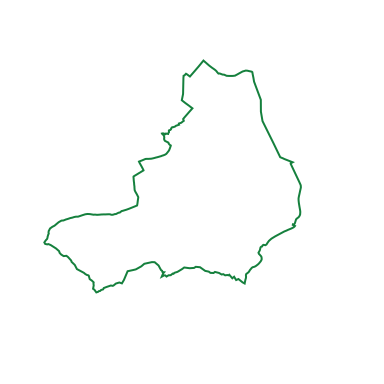 the district of Stefanesti, Arges, Romania, rotated 209°
{"feature_id": "2599482B40982611727809", "entity_name": "Stefanesti", "entity_type": "district", "adm_level": 2, "iso_a3": "ROU", "parent_name": "Romania", "parent_adm1": "Arges", "projection": "natural_earth1", "projection_center": [24.947, 44.876], "detail": "fine", "context": "isolated", "style": "outline", "palette": "green", "viewbox_px": 384, "rotation_deg": 209, "n_neighbors": 0, "source": "geoboundaries", "source_scale": "gbopen_adm2", "svg_char_len": 5946}
<svg xmlns="http://www.w3.org/2000/svg" viewBox="0 0 384 384"><g transform="rotate(209 192 192)"><path d="M245.7,312.5L247.1,304.8L248.0,300.5L248.0,300.4L249.8,292.0L252.1,292.3L253.7,292.5L254.6,292.5L254.8,291.7L255.1,290.4L255.7,289.6L254.9,287.8L250.8,280.0L247.9,274.5L247.4,273.5L247.2,273.0L245.4,267.3L241.1,266.6L237.9,266.2L232.2,265.4L233.3,260.5L233.8,258.1L234.4,255.3L234.9,252.9L235.1,251.5L234.0,250.6L233.8,250.4L233.7,250.1L234.0,249.7L235.0,247.3L235.1,247.2L236.7,245.5L236.3,244.8L236.3,244.5L236.1,244.4L238.1,242.2L238.4,241.5L238.7,240.8L238.9,240.6L239.0,240.5L239.5,240.0L239.7,239.7L240.1,239.4L240.3,239.3L240.7,239.1L240.9,238.5L241.0,238.1L241.0,237.9L241.0,237.7L240.9,237.5L241.0,237.3L240.8,236.8L240.9,236.4L240.9,236.1L241.1,235.7L242.0,234.8L242.0,234.5L241.9,234.2L241.6,233.8L241.3,233.5L241.1,233.1L241.1,232.8L241.2,232.4L241.3,231.7L241.1,231.2L241.9,230.9L243.2,230.5L243.3,230.3L243.2,229.9L242.8,229.7L242.5,229.4L242.7,229.5L243.0,229.5L243.5,229.6L243.9,229.7L244.7,229.5L245.3,229.4L246.0,229.1L246.4,228.8L246.6,228.6L246.3,228.4L246.0,228.3L245.7,228.2L245.2,228.1L244.6,228.0L244.2,227.8L243.9,227.6L243.6,227.4L243.3,227.1L243.2,226.9L242.8,226.4L242.6,226.1L242.5,225.9L242.5,225.7L242.4,225.5L242.3,225.3L242.2,225.1L242.1,224.8L241.9,224.7L241.2,224.0L240.9,223.8L240.3,223.6L240.0,223.6L238.6,223.7L237.1,223.7L236.7,223.8L236.5,223.7L236.3,223.5L236.0,223.2L235.5,222.9L235.0,222.7L234.3,222.5L233.9,222.4L233.3,222.4L233.1,222.4L233.0,222.2L232.9,221.7L232.8,221.0L232.6,220.0L232.3,217.8L232.3,217.4L232.3,216.8L232.7,214.3L232.8,213.7L232.9,213.2L233.1,212.6L233.4,212.1L233.6,211.7L234.0,211.2L234.7,210.3L235.7,209.3L236.3,208.5L237.5,207.3L239.2,205.6L240.2,204.7L241.7,203.2L242.8,202.2L243.4,201.7L243.6,201.5L244.5,200.9L246.1,199.9L247.2,199.3L248.5,198.5L248.9,198.1L251.1,195.3L251.7,194.6L253.1,192.9L252.2,192.2L248.5,189.9L246.5,188.6L245.2,187.7L244.9,187.4L247.4,183.0L249.2,179.8L249.7,179.0L250.2,178.0L250.6,177.4L250.6,177.2L250.5,176.8L250.4,176.7L249.6,175.5L249.1,174.7L247.8,172.8L247.3,172.2L246.0,170.2L245.0,168.9L244.8,168.5L243.9,167.1L243.1,165.9L242.9,165.7L242.5,165.4L241.7,164.8L239.2,163.3L236.7,161.6L236.5,161.4L236.4,161.2L236.2,160.8L235.5,158.9L234.1,155.4L233.6,153.9L233.5,153.6L234.5,152.3L238.8,147.0L240.7,144.8L243.4,142.0L244.3,141.2L245.2,139.0L246.2,138.3L246.8,137.4L247.8,135.9L249.1,135.0L249.6,134.3L250.7,133.4L251.1,133.2L251.8,132.9L252.7,132.8L253.4,132.5L254.5,131.9L256.1,130.9L257.8,129.9L258.7,129.4L260.2,128.5L262.1,127.2L263.5,126.3L264.2,125.9L265.9,125.2L267.1,124.4L268.5,123.9L270.5,123.2L272.8,122.1L274.6,120.7L276.5,118.7L278.5,116.5L279.7,115.2L281.6,114.1L282.9,113.0L284.2,111.6L285.9,110.1L287.5,108.3L289.0,106.8L290.6,104.8L292.3,103.7L294.0,100.9L295.9,95.9L297.3,93.8L298.5,91.2L298.4,90.0L298.4,88.4L297.8,86.9L297.1,86.1L297.1,85.1L296.9,84.3L296.6,82.8L296.2,81.9L296.0,80.6L296.4,79.2L296.6,77.6L296.7,76.3L295.2,75.4L293.2,76.0L292.4,76.8L290.0,77.1L283.6,76.7L279.5,75.8L278.3,74.6L276.2,73.9L273.2,73.7L270.9,75.3L268.9,75.0L264.5,73.5L263.4,72.5L259.2,71.4L255.3,68.8L247.3,68.9L245.5,68.5L243.5,68.5L242.7,68.8L241.8,68.8L239.2,66.2L236.8,66.0L234.2,65.3L233.7,64.0L232.7,62.7L231.6,59.4L230.0,59.2L227.0,57.8L225.7,59.2L225.4,60.1L224.4,60.9L224.0,62.2L222.5,63.8L222.6,65.2L220.7,67.5L217.6,70.9L215.8,71.5L215.2,72.4L214.2,75.0L211.7,77.6L209.0,78.1L208.9,82.1L209.9,91.5L206.0,94.9L203.6,97.1L200.3,102.4L198.9,106.1L193.0,111.3L190.6,112.5L185.6,111.5L183.3,110.0L181.2,108.7L180.0,108.6L179.0,107.7L177.5,108.3L177.8,106.9L177.4,103.3L176.0,105.5L174.9,106.1L173.3,105.7L172.1,107.8L170.3,108.9L169.3,111.3L168.5,111.5L168.2,112.8L166.0,115.1L163.4,119.6L162.2,122.2L157.1,124.2L153.4,126.6L152.4,128.4L148.5,130.1L142.2,129.4L138.7,130.5L136.7,130.2L133.9,131.6L133.2,133.2L129.1,134.3L126.1,134.2L124.8,135.3L122.6,135.2L120.9,136.5L119.6,136.9L119.3,137.7L114.9,136.1L114.1,138.3L110.7,136.4L109.2,138.4L104.0,137.5L101.6,137.5L102.7,141.0L103.1,142.8L103.6,144.0L104.6,145.5L104.8,146.6L104.3,147.7L103.8,148.9L103.6,149.5L103.5,150.8L103.5,151.7L103.3,152.8L103.1,153.7L103.0,154.5L102.5,155.6L101.6,156.4L100.7,157.5L100.2,158.4L99.8,159.3L99.2,160.7L98.8,162.0L98.6,163.1L98.5,163.7L98.3,164.6L98.3,166.1L98.4,166.8L98.7,167.4L99.1,168.0L99.6,168.7L100.1,169.1L100.9,169.5L101.6,169.7L102.6,170.1L103.4,170.3L104.0,170.8L104.4,171.1L104.4,171.5L104.4,172.6L104.4,173.4L104.5,174.4L104.6,174.6L104.8,175.3L105.0,176.0L105.2,176.7L105.1,177.3L104.8,177.9L104.3,178.3L104.3,178.8L104.3,179.6L104.1,180.0L103.9,180.4L103.4,180.6L102.8,180.8L102.1,181.0L101.6,181.8L101.4,182.2L101.3,184.3L101.0,186.6L99.9,189.7L97.7,193.6L92.1,202.3L90.7,204.0L89.7,205.4L87.3,208.4L86.1,210.2L85.6,211.4L85.5,212.2L87.9,212.1L88.0,212.6L87.9,212.6L87.5,212.9L87.4,212.9L87.2,213.2L87.0,213.7L86.9,213.9L86.9,214.6L87.5,217.5L87.6,218.0L87.7,218.4L87.7,218.5L87.6,218.8L87.6,219.0L87.5,219.4L86.7,221.3L86.6,221.5L86.4,222.4L86.4,223.0L86.4,223.3L86.4,224.0L86.5,224.2L86.6,224.9L86.7,225.0L86.9,225.5L87.0,225.8L87.5,226.8L87.9,227.5L88.8,228.7L91.0,231.4L93.2,234.2L94.2,235.6L94.8,236.5L95.5,237.7L95.8,238.3L96.2,239.5L96.4,240.1L97.1,242.5L97.9,245.1L98.9,248.5L99.1,249.0L99.5,249.6L99.8,250.0L100.0,250.4L100.4,250.8L103.2,252.9L119.2,264.4L119.6,264.9L118.4,266.8L122.2,266.3L127.4,265.6L128.2,265.6L131.7,265.2L144.3,274.1L164.7,288.2L170.7,295.7L176.5,306.0L191.1,318.5L191.3,318.7L193.6,321.6L196.0,324.4L196.7,325.3L197.4,326.1L198.1,326.2L200.7,325.4L202.2,325.0L203.8,324.3L205.0,323.1L206.2,321.9L207.9,319.2L208.7,317.9L209.5,316.6L210.1,315.7L210.7,314.7L211.9,313.8L213.1,313.0L214.5,312.2L215.8,311.5L218.1,310.4L219.4,310.3L220.7,310.2L222.3,309.5L225.2,309.1L226.2,308.5L226.3,308.4L227.2,308.7L228.3,309.1L229.1,309.5L230.2,309.8L231.2,310.0L232.9,310.2L234.9,310.4L236.2,310.6L237.7,310.8L239.2,311.1L243.4,312.0L245.7,312.5Z" fill="none" stroke="#15803d" stroke-width="2"/></g></svg>